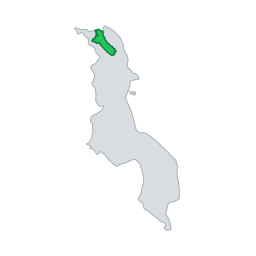 location of Karonga, Karonga, Malawi, rotated 351°
{"feature_id": "42251766B7861013170277", "entity_name": "Karonga", "entity_type": "district", "adm_level": 2, "iso_a3": "MWI", "parent_name": "Malawi", "parent_adm1": "Karonga", "projection": "orthographic", "projection_center": [33.891, -10.08], "detail": "fine", "context": "in_parent", "style": "filled", "palette": "green", "viewbox_px": 256, "rotation_deg": 351, "n_neighbors": 0, "source": "geoboundaries", "source_scale": "gbopen_adm2", "svg_char_len": 6347}
<svg xmlns="http://www.w3.org/2000/svg" viewBox="0 0 256 256"><g transform="rotate(351 128 128)"><path d="M99.0,149.0L97.6,147.0L96.4,147.5L94.8,148.9L93.9,149.3L93.4,149.2L93.1,148.9L92.7,148.0L91.5,145.4L90.0,143.6L88.5,142.8L87.3,142.0L87.8,141.2L88.4,140.6L88.1,140.0L87.4,139.1L84.7,137.8L84.7,137.3L87.0,136.2L88.5,134.8L89.6,133.6L90.8,130.8L91.9,128.0L92.7,127.1L92.9,125.3L92.7,123.2L93.2,120.6L93.5,118.1L92.7,117.1L92.0,115.5L92.8,112.6L94.1,110.6L100.1,108.6L104.2,106.7L105.1,105.9L106.6,104.3L107.3,102.8L106.8,102.3L103.5,102.3L102.7,101.7L100.3,96.3L101.6,90.0L101.7,87.6L101.7,84.5L101.2,82.3L100.2,81.4L99.5,80.2L99.7,77.0L100.7,76.6L102.8,72.3L103.7,69.7L102.6,67.7L101.3,64.8L100.8,63.0L100.4,62.4L101.3,61.3L102.7,60.2L104.3,59.9L106.0,59.3L111.3,54.0L111.4,52.9L110.4,51.2L108.4,48.5L108.0,47.4L107.7,44.1L106.9,43.1L104.0,40.9L101.8,38.7L102.5,36.3L102.8,33.8L101.7,32.4L100.1,30.9L99.0,28.8L98.6,27.2L97.3,26.6L96.1,26.6L95.2,27.6L94.3,27.5L93.1,27.1L92.7,25.8L92.7,24.3L91.9,23.3L91.1,21.9L91.0,21.2L91.5,21.0L92.5,20.8L96.8,23.6L99.4,23.7L102.3,24.2L104.7,26.7L106.0,27.0L107.7,26.7L112.3,26.4L114.2,26.8L116.6,28.2L117.6,28.4L119.1,28.5L119.3,28.1L119.5,27.2L119.2,25.5L119.6,24.6L120.5,23.6L123.0,24.7L129.4,30.1L129.6,30.8L133.6,36.2L134.9,38.4L134.9,39.6L136.2,44.3L136.4,46.5L136.2,48.1L136.2,49.5L136.7,51.4L136.5,52.2L138.0,55.0L138.6,57.3L138.8,59.6L138.4,61.8L137.1,65.1L136.9,66.4L137.2,67.6L138.0,68.9L139.3,70.3L140.4,72.0L141.1,74.0L141.7,74.9L142.4,74.9L143.7,75.2L144.8,76.3L146.1,78.3L146.5,80.5L146.7,81.4L143.1,81.4L138.5,81.7L137.4,82.6L137.1,84.5L135.6,88.5L134.8,90.0L133.2,92.7L130.8,96.5L130.3,97.7L130.4,99.0L131.8,104.1L133.2,109.5L133.7,111.6L134.7,118.8L135.2,123.9L135.3,126.9L135.8,130.9L137.1,133.0L138.4,134.4L143.5,135.2L145.0,136.2L147.9,138.7L154.2,145.8L157.6,150.3L160.6,154.2L166.0,161.6L170.2,167.3L170.6,172.7L171.3,173.4L169.9,177.4L168.9,183.8L169.5,188.0L169.2,195.2L168.3,202.9L167.4,205.7L166.1,206.7L163.2,207.5L156.8,208.4L155.8,209.3L155.0,210.8L153.6,214.3L152.1,217.9L151.6,219.4L151.9,219.8L153.2,221.6L154.6,226.3L154.8,234.3L154.3,234.8L152.4,235.2L150.4,235.1L149.5,234.6L148.8,233.7L148.2,232.0L149.6,230.8L150.1,228.8L149.2,227.0L147.5,226.6L145.3,224.9L140.7,219.6L136.8,215.8L134.6,212.7L132.3,211.5L131.6,210.7L131.1,209.4L131.1,207.5L131.3,206.1L130.6,204.6L128.2,202.1L127.2,200.8L127.1,199.2L128.1,197.7L130.1,195.8L131.6,191.9L132.2,189.5L135.0,184.5L135.4,180.2L135.5,176.7L135.3,174.1L134.6,168.8L134.1,165.2L130.6,160.3L129.5,159.9L126.2,160.3L123.3,161.0L121.9,162.0L119.7,162.1L114.1,162.9L112.4,163.3L111.4,164.1L110.8,164.3L107.2,160.6L104.1,156.6L100.2,149.8L99.0,149.0ZM140.1,96.2L139.2,96.4L138.6,95.9L138.7,94.5L139.0,93.4L140.0,93.2L140.6,93.5L141.1,94.0L141.1,94.8L140.8,95.6L140.1,96.2ZM138.0,93.5L137.5,95.0L136.3,95.0L135.3,93.6L135.6,92.6L136.6,92.3L137.5,92.7L138.0,93.5Z" fill="#d9dde1" stroke="#a8b0b8" stroke-width="1"/><path d="M119.6,50.0L122.6,53.0L122.8,53.3L123.1,53.5L123.3,53.5L123.7,53.6L123.8,53.7L124.3,53.4L124.7,53.3L124.8,53.3L125.0,53.5L125.4,53.7L125.5,53.6L125.4,53.5L125.5,53.3L125.6,53.2L126.1,52.8L126.8,52.4L126.9,52.2L126.6,52.0L126.5,51.8L126.3,51.7L126.2,51.5L126.2,51.0L126.3,50.8L126.4,50.6L126.6,50.4L126.8,50.2L127.2,50.0L127.6,49.9L127.8,49.9L127.8,50.0L128.0,50.2L128.0,49.9L127.9,49.8L127.9,49.7L127.7,49.6L127.4,49.4L127.5,49.0L127.4,48.8L127.5,48.7L127.4,48.4L127.3,48.2L127.2,48.1L127.2,47.9L127.3,47.8L127.1,47.7L126.8,47.5L126.7,47.5L126.7,47.3L126.4,47.2L126.2,46.9L125.9,46.7L125.8,46.4L125.7,46.3L125.4,46.0L125.5,45.5L125.4,45.3L125.2,45.3L125.0,45.1L124.9,44.9L124.7,44.8L124.6,44.7L124.4,44.6L124.2,44.4L123.8,44.3L123.7,44.2L123.5,43.8L123.4,43.6L123.2,43.4L123.1,43.2L122.9,42.9L122.7,42.8L122.4,42.7L122.4,42.1L122.2,42.0L122.1,41.8L121.9,41.7L121.5,41.3L121.4,41.3L121.3,41.1L121.2,41.1L121.1,40.9L120.8,40.6L120.6,40.4L120.7,39.9L120.7,39.7L120.6,39.3L120.6,39.2L120.4,38.9L120.2,38.8L120.1,38.7L119.8,38.4L119.6,38.0L119.5,37.9L119.4,37.8L119.4,37.5L119.4,37.4L119.1,37.0L118.9,36.9L118.9,36.7L119.0,36.4L119.1,36.1L119.2,35.7L119.1,35.1L119.2,34.9L119.0,34.7L118.8,34.6L118.7,34.6L118.6,34.4L118.4,34.0L118.3,33.9L118.1,33.4L117.9,33.1L118.0,33.0L118.0,32.8L117.9,32.7L118.0,32.3L118.0,32.2L117.9,32.2L117.8,32.3L117.8,32.1L117.8,31.7L117.9,31.4L117.9,31.2L117.7,31.0L117.7,30.9L117.6,31.0L117.6,30.8L117.6,30.7L117.9,30.1L118.4,29.8L118.5,29.7L118.4,29.5L118.2,29.4L118.1,29.5L118.2,29.4L118.1,29.5L118.0,29.4L118.2,29.2L118.3,29.1L118.1,28.9L118.0,29.0L118.0,28.9L117.9,29.0L117.8,28.9L117.7,28.9L117.6,28.7L117.4,28.6L117.3,28.4L117.2,28.4L117.1,28.2L116.9,28.2L116.7,28.0L116.5,27.8L116.4,27.8L116.4,27.7L116.2,27.5L115.9,27.5L115.8,27.4L115.6,27.3L115.6,27.2L115.5,26.9L115.4,26.8L115.2,26.7L114.9,26.6L114.7,26.4L114.6,26.1L114.4,26.0L114.1,26.0L113.8,26.0L113.7,26.0L113.5,25.9L113.4,26.0L113.3,25.9L113.1,26.0L112.9,26.0L112.7,26.2L112.8,26.3L112.7,26.4L112.6,26.5L112.4,26.8L112.3,26.6L112.0,26.5L111.9,26.6L111.7,26.6L111.4,26.7L111.2,26.6L110.8,26.4L110.7,26.5L110.8,26.6L110.8,26.8L111.0,27.0L111.1,27.3L111.2,27.5L111.2,28.0L111.4,28.3L111.6,28.3L111.7,28.2L111.7,28.3L111.6,28.6L111.5,28.9L111.4,29.1L111.1,29.4L112.0,30.1L111.7,30.5L111.9,30.6L112.2,30.8L112.2,31.0L112.3,31.3L112.5,31.5L112.4,31.6L112.5,31.6L112.4,31.7L112.5,31.8L112.4,31.8L112.1,31.7L112.0,31.8L111.9,31.8L111.4,31.7L111.4,31.8L111.5,31.9L111.4,31.9L111.3,32.0L111.2,32.1L111.0,32.3L110.9,32.4L110.8,32.5L110.7,32.4L110.7,32.5L110.3,32.6L110.4,32.8L110.2,33.0L110.1,33.3L109.9,33.6L109.7,33.7L109.7,33.9L109.5,34.0L109.2,34.3L108.9,34.3L108.7,34.5L108.4,34.7L108.2,34.8L108.1,34.7L108.1,34.8L107.9,34.8L107.9,35.0L107.8,35.3L107.5,35.3L107.4,35.2L107.4,35.3L107.2,35.4L107.2,35.5L106.7,35.6L106.2,35.9L106.3,36.2L106.3,36.4L106.3,36.7L106.2,36.8L106.5,37.0L106.8,36.8L106.9,36.7L107.0,36.7L107.3,37.1L107.6,37.2L107.8,37.3L108.0,37.4L108.0,37.5L107.9,37.6L108.0,37.8L108.3,37.9L108.4,38.0L108.5,38.0L108.9,37.9L109.1,38.0L109.3,37.9L109.4,38.0L109.5,38.3L109.7,38.5L109.8,38.8L110.0,38.9L110.0,39.2L110.2,39.3L110.3,39.3L111.0,39.6L111.6,39.3L111.8,39.4L112.0,39.4L112.3,39.3L112.5,39.3L112.8,39.2L112.9,39.4L113.0,39.5L113.2,39.8L113.1,40.0L113.2,40.3L113.2,40.5L113.3,40.7L113.5,40.8L113.6,40.7L113.6,40.8L113.7,41.0L114.3,42.2L119.6,50.0Z" fill="#22c55e" stroke="#15803d" stroke-width="1.5"/></g></svg>